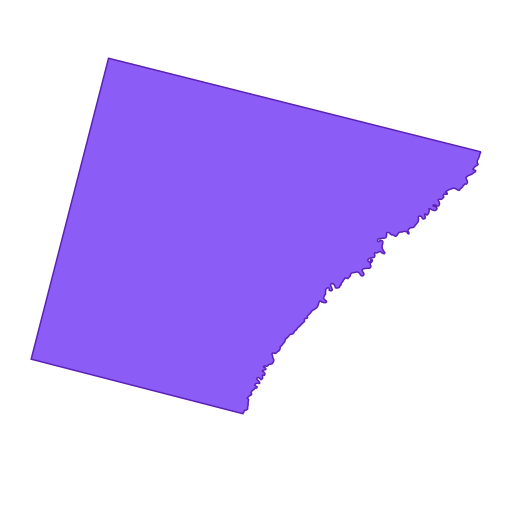 outline of Caleu Caleu, La Pampa, Argentina, rotated 284°
{"feature_id": "61730980B9086176864437", "entity_name": "Caleu Caleu", "entity_type": "district", "adm_level": 2, "iso_a3": "ARG", "parent_name": "Argentina", "parent_adm1": "La Pampa", "projection": "equal_earth", "projection_center": [-63.891, -38.789], "detail": "fine", "context": "isolated", "style": "filled", "palette": "violet", "viewbox_px": 512, "rotation_deg": 284, "n_neighbors": 0, "source": "geoboundaries", "source_scale": "gbopen_adm2", "svg_char_len": 6167}
<svg xmlns="http://www.w3.org/2000/svg" viewBox="0 0 512 512"><g transform="rotate(284 256 256)"><path d="M412.2,65.1L101.5,62.8L99.8,281.4L100.2,281.3L101.6,282.0L103.2,282.1L103.6,282.5L104.0,283.6L104.4,284.1L104.9,284.5L105.6,284.9L107.2,284.4L108.4,284.5L110.5,284.2L112.2,283.7L114.6,283.7L115.2,283.3L115.7,282.4L115.7,282.0L116.1,281.9L117.9,282.9L118.8,283.5L119.9,284.9L120.6,285.2L121.2,285.1L121.7,284.5L122.3,284.3L124.0,284.7L124.9,285.1L125.9,286.3L127.1,286.7L127.4,287.0L127.5,287.2L128.0,288.4L128.4,288.7L129.2,288.8L129.5,288.3L129.7,287.4L130.2,286.3L130.8,286.1L131.2,286.1L132.4,286.9L132.8,287.7L133.1,288.6L133.0,289.4L133.2,290.3L133.8,290.2L134.5,290.0L135.8,288.1L136.1,287.1L136.9,286.5L137.5,286.6L138.3,286.9L138.6,287.5L138.6,288.3L138.4,289.0L137.2,290.7L137.4,291.1L138.4,291.7L139.1,292.0L140.1,291.8L141.3,291.1L141.9,291.2L142.3,291.6L142.2,292.5L142.2,292.9L142.4,293.1L143.2,293.2L144.1,293.1L145.3,291.7L145.6,290.3L145.8,290.0L146.4,290.2L147.3,291.1L147.4,291.5L147.7,291.8L147.9,292.6L148.2,293.0L148.7,292.9L149.5,292.5L149.8,291.8L149.9,290.8L150.2,290.1L150.7,290.2L151.3,290.7L151.5,291.4L151.7,292.4L151.6,293.0L152.1,293.9L153.9,294.8L154.3,295.4L154.6,296.5L155.5,297.8L157.0,298.4L158.7,298.6L159.7,298.3L160.8,297.5L161.5,296.9L163.2,296.1L165.0,295.1L165.5,295.3L166.1,296.0L166.2,296.7L166.0,298.1L166.4,298.8L167.1,299.3L168.2,299.9L168.8,300.4L169.4,301.1L170.4,301.6L172.0,301.8L172.9,301.7L173.6,301.4L174.1,301.6L175.5,302.7L177.3,303.4L179.0,304.3L180.4,304.7L181.0,304.7L181.7,304.6L182.6,304.6L183.6,305.7L185.9,307.0L187.7,307.8L188.2,308.2L188.9,309.8L189.4,310.5L190.0,311.0L192.7,311.8L194.3,313.2L195.9,313.6L196.6,314.0L199.4,315.9L201.1,316.8L203.8,318.6L204.5,318.9L205.5,318.4L206.3,318.3L207.2,318.9L207.9,320.5L208.4,320.9L209.0,320.8L209.7,320.4L210.6,320.5L213.0,322.2L214.3,322.8L215.5,323.2L217.0,324.0L218.0,325.3L219.1,326.3L220.4,327.3L221.3,327.8L222.5,328.1L225.5,328.3L226.8,328.4L227.6,328.8L227.9,329.4L227.8,329.9L227.2,330.9L227.3,331.7L227.2,333.0L227.4,334.4L227.7,335.0L228.1,335.4L228.6,335.6L229.3,335.2L229.7,334.1L230.8,332.3L231.7,331.7L233.7,331.9L235.6,332.6L236.3,332.6L239.0,331.9L240.4,331.9L241.1,332.1L241.8,332.5L242.5,333.2L242.7,334.2L242.1,335.1L240.5,335.2L240.2,336.6L240.5,337.5L241.3,338.2L242.2,338.0L244.3,336.5L245.1,335.7L245.9,335.4L246.6,335.5L247.3,335.7L247.7,336.5L247.6,337.2L247.3,338.2L246.8,339.1L246.0,339.8L244.9,340.4L244.4,340.8L244.4,341.8L244.5,342.6L244.9,343.1L245.5,344.3L246.0,344.6L246.6,344.6L247.2,344.5L247.7,344.9L248.4,345.5L248.8,345.5L249.3,345.3L250.0,345.3L252.1,346.3L253.9,346.8L255.4,347.5L255.8,347.5L256.4,348.0L256.4,348.7L256.3,350.3L256.5,350.8L257.8,351.3L258.8,352.1L259.4,352.2L260.6,352.2L261.7,352.3L262.5,352.9L263.0,353.6L263.8,355.6L264.5,356.9L264.9,357.8L265.0,358.5L265.0,359.0L264.6,360.0L262.8,362.2L262.3,363.1L262.5,364.3L263.2,365.0L264.2,365.2L265.3,364.7L266.6,363.3L267.7,362.4L268.4,362.4L268.9,362.7L269.6,363.4L269.9,364.2L270.6,365.5L271.3,368.0L271.3,368.7L271.7,369.3L272.6,369.8L273.3,370.0L274.1,370.0L274.6,369.3L275.2,369.0L276.0,368.7L276.7,368.8L277.4,369.2L278.3,369.8L279.0,370.0L279.7,370.1L280.4,369.7L280.6,369.0L280.4,368.7L280.2,368.4L279.2,368.1L278.1,368.4L277.6,367.9L277.6,367.4L277.8,366.7L278.2,366.0L279.1,365.4L279.8,365.6L281.0,366.6L281.8,367.7L282.7,369.7L282.8,370.1L283.3,371.0L283.7,371.2L284.7,371.3L286.0,371.0L286.5,370.6L287.1,370.3L287.4,370.3L287.8,370.6L288.1,371.3L288.2,372.4L288.8,373.3L290.2,374.8L290.4,375.4L290.3,375.8L289.6,377.2L289.2,378.5L289.2,379.9L289.4,380.1L289.6,380.2L290.3,380.2L290.5,380.1L291.0,379.4L293.8,376.7L296.7,375.8L297.9,376.0L298.5,375.8L299.0,376.0L299.5,375.9L300.0,375.6L300.9,375.5L301.2,375.1L301.3,374.4L301.3,373.0L301.2,372.6L299.8,372.0L299.6,371.4L299.8,370.6L300.1,370.3L300.9,370.0L301.5,370.1L302.2,370.6L303.9,374.6L304.4,376.3L305.3,377.6L306.5,377.8L307.5,377.6L308.0,377.8L308.9,377.2L310.1,377.1L310.6,377.7L310.9,379.8L310.4,380.6L309.8,380.9L309.3,382.5L309.6,383.8L309.5,384.7L309.0,385.5L308.9,386.5L309.3,387.3L310.9,388.1L312.6,388.6L313.7,389.5L314.0,390.0L314.4,391.2L314.6,392.0L315.2,392.7L315.5,393.3L315.8,394.2L316.0,395.5L315.8,396.6L314.5,398.0L314.3,398.5L314.6,398.9L315.2,399.0L316.4,398.1L317.1,397.3L318.0,397.3L319.5,398.0L320.7,399.0L321.0,399.5L321.3,400.7L321.6,401.5L322.5,402.3L323.3,402.8L324.3,402.9L324.9,403.4L326.8,404.3L327.1,404.5L327.8,404.8L328.6,405.0L330.7,404.9L331.9,404.5L332.7,404.1L333.6,404.2L333.9,404.4L334.2,404.7L334.3,405.1L334.4,405.6L334.3,406.7L334.1,407.1L333.8,407.5L332.8,408.2L332.4,409.0L332.4,409.5L332.8,410.3L333.3,410.9L334.4,411.0L336.7,409.7L337.3,409.6L337.7,410.3L337.2,411.4L337.1,411.6L337.1,411.8L337.2,412.2L338.0,412.7L338.9,412.9L339.3,413.1L341.7,413.2L343.1,412.6L343.7,412.4L344.0,412.9L343.3,416.1L343.3,418.3L343.5,418.9L344.6,419.9L345.2,420.2L346.1,420.0L346.5,419.8L346.9,419.3L347.3,418.2L347.4,416.3L347.6,415.7L348.4,415.6L348.7,416.5L348.8,417.2L348.6,418.2L348.3,419.3L348.4,420.5L349.1,421.2L349.5,421.4L350.8,421.5L352.6,420.8L353.6,419.9L354.1,419.2L354.7,419.1L355.2,419.6L355.6,420.8L355.6,421.6L355.9,422.3L356.9,423.0L358.1,423.8L359.2,423.8L359.8,423.1L360.9,423.2L361.6,423.5L361.8,425.3L362.1,426.4L362.9,426.5L363.5,426.0L363.6,425.3L363.8,424.6L364.4,424.8L365.4,425.6L366.8,427.0L367.9,428.5L368.9,430.2L369.5,430.9L369.8,431.5L369.3,434.6L369.1,435.0L368.8,435.9L368.8,437.2L369.1,437.5L369.5,437.7L370.1,437.8L370.8,438.3L372.2,439.2L372.8,439.5L373.3,439.8L373.9,439.9L374.5,440.2L375.0,440.6L375.6,440.7L376.2,441.1L376.4,441.5L376.5,441.9L376.5,442.2L376.7,442.8L377.3,443.1L378.5,443.4L379.5,443.1L379.9,442.9L381.5,441.4L382.8,440.7L383.7,441.1L384.1,441.6L385.2,442.3L385.9,443.4L387.7,445.8L389.4,447.0L390.7,448.4L391.4,448.6L391.8,448.5L392.0,448.2L392.3,447.5L392.3,446.3L392.5,445.8L392.6,445.6L393.0,445.5L393.4,445.9L395.0,446.4L396.6,447.7L397.5,448.7L397.9,449.0L398.6,449.2L398.9,449.2L399.1,448.7L399.4,448.3L400.8,447.9L401.8,447.7L402.6,447.8L406.8,448.7L408.6,448.4L410.2,448.8L410.7,448.9L411.1,448.7L411.4,448.5L412.2,65.1Z" fill="#8b5cf6" stroke="#5b21b6" stroke-width="1.5"/></g></svg>